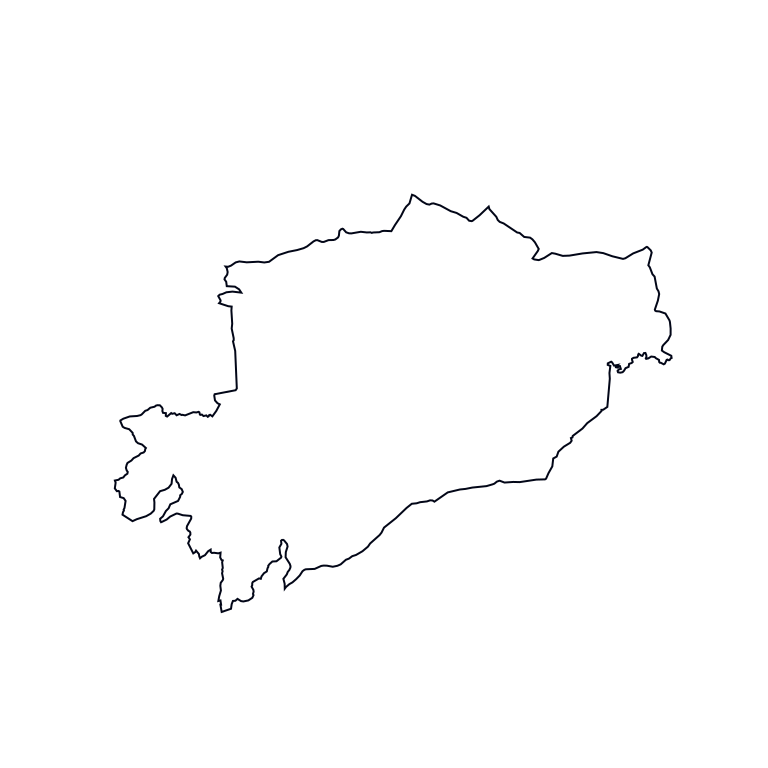 outline of Nemocón, Cundinamarca, Colombia, rotated 222°
{"feature_id": "7082276B92321812623642", "entity_name": "Nemocón", "entity_type": "district", "adm_level": 2, "iso_a3": "COL", "parent_name": "Colombia", "parent_adm1": "Cundinamarca", "projection": "robinson", "projection_center": [-73.878, 5.094], "detail": "fine", "context": "isolated", "style": "outline", "palette": "ink", "viewbox_px": 768, "rotation_deg": 222, "n_neighbors": 0, "source": "geoboundaries", "source_scale": "gbopen_adm2", "svg_char_len": 6166}
<svg xmlns="http://www.w3.org/2000/svg" viewBox="0 0 768 768"><g transform="rotate(222 384 384)"><path d="M424.9,585.9L425.9,573.3L427.4,564.5L427.8,563.7L430.0,562.3L433.9,562.7L437.1,561.3L444.5,559.7L450.0,557.1L461.7,554.3L468.0,551.4L469.3,550.0L470.3,547.7L472.8,546.2L477.3,545.2L486.9,544.5L489.8,543.4L485.9,535.2L486.2,530.7L485.7,527.2L483.7,520.0L482.2,509.4L480.8,502.5L486.4,497.9L487.7,496.4L489.0,493.7L493.5,489.3L494.2,488.1L495.5,487.7L498.2,485.1L503.1,481.6L509.0,474.1L510.8,472.6L513.6,471.4L518.0,471.9L518.8,471.6L519.5,470.1L519.5,467.8L516.8,464.1L516.2,462.2L516.9,458.8L517.9,457.2L521.5,453.8L523.8,449.3L525.2,448.0L529.8,446.3L530.9,445.2L531.8,442.8L533.2,434.8L534.6,431.2L538.2,425.4L543.5,418.3L548.9,408.9L551.2,397.9L554.3,394.2L559.2,390.8L567.4,382.6L573.5,378.3L575.6,375.1L576.9,369.6L578.3,366.8L580.3,365.3L578.4,364.9L575.1,362.6L573.7,360.3L573.3,356.3L572.5,355.0L569.7,354.4L566.3,351.5L559.9,356.6L555.0,357.4L551.2,356.4L558.4,351.3L562.5,346.7L564.2,342.9L565.9,340.4L566.0,338.4L561.4,336.8L560.7,335.8L560.6,333.7L551.8,337.6L549.0,339.6L546.6,336.5L537.1,327.2L534.3,323.3L526.4,317.5L525.0,316.0L524.8,314.7L516.7,309.0L490.4,282.2L490.1,280.1L503.0,263.1L502.4,261.8L498.6,258.7L494.9,258.3L492.4,259.0L490.6,251.7L489.9,245.1L492.6,244.8L493.1,243.9L492.7,242.7L493.0,241.7L495.0,241.8L496.7,239.4L498.9,239.4L499.8,238.2L500.4,238.1L502.2,239.4L503.1,239.3L504.4,237.3L506.9,235.4L510.8,227.6L513.2,226.2L513.7,225.5L515.9,224.9L517.2,222.0L520.0,222.2L521.5,220.1L522.7,220.0L523.4,214.7L524.8,214.3L526.6,216.4L528.9,214.7L530.6,215.6L531.9,217.4L533.4,218.0L536.3,218.2L538.1,216.7L539.0,215.4L539.3,213.6L541.8,210.0L542.3,206.4L543.5,204.3L543.7,199.3L544.1,197.9L546.1,195.0L551.2,189.8L554.5,183.8L555.5,180.5L555.2,180.0L549.6,177.4L547.4,177.8L543.1,179.9L538.1,179.5L536.9,178.3L535.1,178.1L529.9,175.4L527.2,175.4L523.3,177.1L518.1,177.1L517.9,175.9L516.8,174.2L516.8,172.3L518.4,169.5L518.4,166.7L520.5,161.3L520.5,158.1L521.8,153.7L521.2,151.8L519.7,149.0L517.4,147.6L515.6,147.2L514.7,145.6L515.4,142.8L515.2,140.1L516.9,137.4L517.2,135.2L519.4,132.2L517.4,131.1L514.2,126.3L510.8,125.6L509.7,126.9L508.7,127.0L504.5,123.4L501.1,125.0L497.8,124.2L493.9,118.2L493.4,116.4L492.6,115.9L492.2,114.1L490.9,111.9L479.1,113.8L477.2,118.2L472.3,126.6L470.6,131.6L470.3,135.6L470.8,137.1L475.4,142.4L478.0,144.7L478.7,154.5L476.1,158.7L474.7,162.8L475.1,167.7L477.9,171.5L479.4,175.2L476.2,174.9L472.7,172.6L471.0,172.7L469.2,172.0L466.9,170.2L464.0,170.5L461.3,169.2L460.7,167.1L461.0,164.9L460.0,163.8L458.8,159.3L462.3,151.6L460.9,147.5L461.1,143.7L459.7,137.7L460.2,134.1L458.5,132.5L457.2,132.1L456.7,133.1L454.8,137.9L454.2,142.4L451.6,148.8L450.5,149.7L445.8,151.8L439.4,156.6L438.4,156.4L437.2,154.9L435.3,146.6L434.2,144.8L433.3,144.3L431.2,144.0L429.6,144.4L428.4,143.9L427.1,142.5L426.8,139.3L424.3,138.7L423.0,134.6L412.4,130.5L411.8,132.7L412.2,134.4L407.8,133.8L405.8,132.2L404.1,131.4L403.9,133.5L402.5,137.0L402.8,142.1L402.0,144.9L400.3,143.2L398.8,143.3L397.3,144.9L393.8,147.3L392.6,149.3L389.7,145.5L387.0,144.5L385.8,145.0L385.1,143.3L380.7,139.4L380.1,137.7L378.7,136.9L377.7,135.0L373.1,131.6L372.6,130.3L372.3,127.0L370.6,124.5L367.0,121.4L364.5,116.1L361.9,111.9L360.7,113.7L357.4,111.0L357.9,110.5L352.1,106.0L347.3,114.6L349.9,118.5L351.1,121.7L349.4,123.5L349.1,126.3L345.0,127.0L343.0,128.3L340.0,132.4L338.8,137.0L339.7,139.8L340.9,140.3L341.9,142.4L343.3,143.6L346.8,144.8L347.3,146.3L348.7,147.9L349.0,149.1L346.8,155.9L345.2,156.8L346.3,159.1L346.4,160.6L346.6,163.1L345.7,166.3L347.3,169.2L347.6,170.7L348.4,171.4L348.6,173.6L348.2,177.4L345.3,180.3L344.3,186.1L344.8,187.1L347.3,188.1L352.4,192.5L353.3,196.6L355.6,198.6L355.5,199.8L354.6,200.7L353.6,200.9L349.0,200.2L346.9,198.7L344.5,193.4L341.2,189.4L333.7,187.3L331.6,186.1L330.7,184.9L329.9,182.4L329.8,180.0L328.8,177.4L328.4,171.9L324.2,169.1L320.8,165.5L321.0,167.7L320.4,172.0L319.3,175.3L318.7,180.2L318.5,185.3L319.3,190.4L318.8,192.7L318.1,194.0L311.8,200.2L308.9,206.8L307.5,208.5L305.0,210.7L299.8,213.9L297.0,217.7L295.5,221.0L294.7,227.9L293.2,230.8L292.4,234.8L290.4,238.2L288.1,245.3L287.1,252.4L287.6,256.2L286.2,268.8L286.4,271.9L287.9,277.3L285.4,292.2L284.3,307.0L283.2,313.6L279.9,317.2L278.1,320.3L273.5,325.5L271.9,328.4L270.0,329.9L267.8,330.3L264.1,346.1L257.0,356.4L253.2,360.6L249.1,366.1L239.5,376.7L236.1,382.2L235.3,383.8L234.8,387.0L233.4,389.5L228.5,391.4L222.4,397.7L217.5,401.9L206.8,414.9L200.5,420.9L200.2,422.1L202.1,427.8L203.8,435.4L208.4,441.9L207.1,445.6L209.1,450.4L208.4,457.8L206.3,464.9L206.6,467.4L208.9,468.9L208.2,470.4L209.0,471.7L206.7,483.7L206.8,490.9L204.5,502.3L204.3,509.5L205.1,510.3L203.9,511.5L202.7,516.4L219.7,539.0L223.8,543.0L227.9,548.9L230.5,547.9L231.5,549.1L230.1,552.6L229.0,552.7L225.3,551.6L223.1,554.5L223.2,551.9L222.9,551.6L221.4,552.5L221.1,554.8L220.7,555.2L218.1,553.7L219.2,552.1L219.2,550.0L217.9,549.3L216.0,550.5L214.6,552.4L214.5,554.5L215.1,557.4L213.7,560.4L215.3,563.0L214.0,565.3L213.9,566.8L216.0,568.0L216.6,568.7L216.1,570.4L213.8,573.1L213.9,574.5L214.9,576.2L214.9,576.9L211.8,577.2L210.8,577.8L211.5,580.9L210.5,582.0L208.4,581.0L206.9,579.5L206.7,578.3L206.0,578.1L204.7,579.9L203.8,583.2L200.9,585.2L199.2,585.1L195.8,585.9L194.2,584.5L193.2,584.4L192.5,585.0L189.3,585.8L188.9,587.1L190.1,591.1L189.6,591.9L188.7,591.9L187.8,592.8L188.1,595.0L187.7,595.8L189.4,597.2L197.1,595.1L199.9,594.8L202.2,598.0L202.5,600.0L202.3,606.8L203.9,612.3L208.1,617.0L213.0,621.4L214.4,622.3L222.0,624.7L227.9,622.2L230.5,620.2L231.6,620.0L232.5,620.5L236.3,629.3L239.7,635.0L242.1,636.6L245.1,637.5L254.8,644.9L257.9,645.2L264.6,648.6L267.0,649.1L273.0,660.8L275.2,661.8L279.7,662.0L280.4,661.8L280.8,660.9L281.6,657.0L286.2,647.8L288.8,638.9L290.1,636.9L299.8,631.7L308.6,628.0L314.4,624.2L323.8,613.9L332.0,603.6L336.9,598.8L344.0,595.4L346.9,593.6L349.3,584.9L351.4,580.5L351.9,579.6L355.7,577.1L357.6,576.7L358.7,585.8L359.4,587.9L366.7,590.3L370.5,590.8L373.4,590.5L378.2,587.1L384.3,587.0L386.4,585.7L402.5,583.4L406.5,581.9L409.2,582.0L412.4,583.4L422.7,584.5L424.9,585.9Z" fill="none" stroke="#020617" stroke-width="2"/></g></svg>